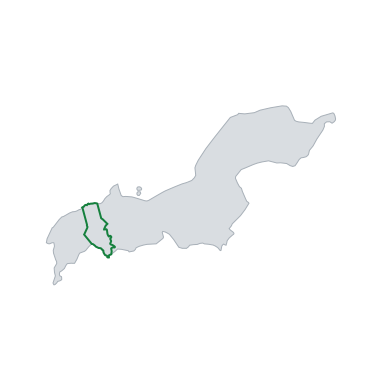 location of Rumphi within Malawi, rotated 255°
{"feature_id": "MWI-1903", "entity_name": "Rumphi", "entity_type": "District", "adm_level": 1, "iso_a3": "MWI", "parent_name": "Malawi", "parent_adm1": "", "projection": "mercator", "projection_center": [33.827, -10.78], "detail": "fine", "context": "in_parent", "style": "outline", "palette": "green", "viewbox_px": 384, "rotation_deg": 255, "n_neighbors": 0, "source": "natural_earth", "source_scale": "10m", "svg_char_len": 4599}
<svg xmlns="http://www.w3.org/2000/svg" viewBox="0 0 384 384"><g transform="rotate(255 192 192)"><path d="M149.2,221.4L147.0,218.4L145.3,219.2L142.8,221.2L141.5,221.8L140.8,221.7L140.4,221.2L139.9,219.9L138.0,216.1L135.9,213.4L133.7,212.3L131.8,211.1L132.6,209.9L133.5,209.0L133.1,208.1L132.1,206.8L128.1,204.9L128.1,204.1L131.6,202.5L133.8,200.5L135.3,198.7L137.2,194.6L138.7,190.5L139.9,189.2L140.3,186.5L140.0,183.5L140.8,179.6L141.2,175.9L140.0,174.5L139.0,172.1L140.2,167.9L142.0,165.0L150.8,162.0L156.9,159.3L158.2,158.1L160.3,155.8L161.5,153.5L160.7,152.8L155.8,152.8L154.7,151.9L151.2,144.0L153.1,134.9L153.3,131.3L153.2,126.9L152.6,123.6L151.1,122.3L150.1,120.5L150.4,115.8L151.8,115.2L154.9,109.0L156.2,105.3L154.6,102.3L152.8,98.1L152.0,95.5L151.5,94.6L152.8,92.9L154.8,91.3L157.1,90.9L159.6,90.1L167.3,82.4L167.4,80.9L166.0,78.3L163.1,74.3L162.5,72.7L162.1,68.0L161.0,66.6L156.8,63.4L153.5,60.1L154.5,56.7L155.1,53.0L153.5,51.0L151.1,48.9L149.6,45.8L148.9,43.5L147.0,42.6L145.3,42.6L144.0,44.0L142.7,43.9L141.0,43.4L140.4,41.4L140.4,39.2L139.2,37.8L138.1,35.8L138.0,34.7L138.7,34.4L140.1,34.2L146.3,38.3L150.1,38.4L154.3,39.2L157.9,42.8L159.7,43.2L162.1,42.8L168.8,42.4L171.6,42.9L175.0,45.0L176.4,45.3L178.6,45.4L179.0,44.8L179.2,43.6L178.8,41.1L179.3,39.7L180.7,38.2L184.3,39.9L193.6,47.7L193.8,48.8L199.7,56.5L201.6,59.8L201.6,61.5L203.4,68.3L203.8,71.4L203.4,73.9L203.5,75.8L204.2,78.6L204.0,79.7L206.1,83.8L207.1,87.2L207.3,90.5L206.7,93.8L204.9,98.5L204.5,100.4L204.9,102.2L206.1,104.0L208.1,106.1L209.6,108.5L210.7,111.4L211.5,112.7L212.6,112.7L214.6,113.1L216.2,114.8L218.0,117.7L218.6,120.9L218.9,122.3L213.6,122.2L207.0,122.7L205.4,124.0L204.9,126.8L202.8,132.7L201.6,134.8L199.2,138.7L195.7,144.3L195.0,146.1L195.1,147.9L197.2,155.5L199.3,163.4L200.0,166.5L201.5,177.0L202.4,184.5L202.5,188.8L203.2,194.7L205.1,197.9L207.1,199.9L214.6,201.1L216.8,202.5L221.1,206.3L230.3,216.6L235.4,223.2L239.9,229.1L247.9,239.9L254.1,248.3L254.9,256.2L255.9,257.4L253.8,263.2L252.5,272.7L253.4,279.0L253.0,289.8L251.9,301.3L250.5,305.4L248.6,306.9L244.3,308.2L234.7,309.6L233.3,311.0L232.1,313.2L230.1,318.5L227.9,323.8L227.1,326.1L227.6,326.7L229.6,329.4L231.7,336.4L232.0,348.4L231.3,349.3L228.5,349.8L225.4,349.6L224.2,349.0L223.1,347.6L222.2,345.1L224.2,343.3L224.9,340.1L223.7,337.5L221.1,336.9L217.9,334.4L210.9,326.4L205.1,320.8L201.8,316.2L198.3,314.3L197.3,313.2L196.5,311.2L196.5,308.4L196.8,306.3L195.7,304.0L192.3,300.3L190.7,298.3L190.6,295.9L192.1,293.6L195.0,290.8L197.3,285.1L198.1,281.4L202.3,274.0L202.9,267.6L203.0,262.5L202.7,258.6L201.6,250.8L200.9,245.3L195.7,238.2L194.0,237.5L189.1,238.2L184.9,239.2L182.8,240.7L179.6,240.8L171.4,242.0L168.8,242.5L167.3,243.8L166.4,244.1L161.2,238.6L156.6,232.7L150.8,222.6L149.2,221.4ZM209.4,143.9L208.0,144.2L207.1,143.5L207.3,141.3L207.8,139.8L209.2,139.5L210.1,139.9L210.8,140.6L210.8,141.8L210.4,143.0L209.4,143.9ZM206.3,139.9L205.5,142.1L203.9,142.1L202.3,140.1L202.8,138.7L204.3,138.2L205.6,138.8L206.3,139.9Z" fill="#d9dde1" stroke="#a8b0b8" stroke-width="1"/><path d="M205.5,82.0L205.7,82.6L205.7,83.3L205.8,83.6L206.6,84.6L207.0,85.4L207.0,86.3L206.5,87.1L206.8,87.5L207.0,87.9L207.3,88.1L207.5,88.4L207.6,88.9L207.1,89.3L206.9,89.6L207.0,90.7L206.5,93.2L206.5,95.0L206.4,95.4L205.7,97.0L205.3,97.5L205.1,97.5L190.1,97.5L188.6,98.8L183.1,102.0L182.5,101.0L182.0,100.2L181.5,99.6L178.9,97.5L178.6,97.4L178.5,97.7L178.4,97.9L178.1,99.7L177.8,99.9L177.2,100.0L173.5,99.5L172.3,99.6L170.8,100.0L170.6,100.1L170.5,100.4L170.6,100.6L170.7,100.9L170.8,101.0L170.9,101.4L170.8,101.7L170.5,102.0L170.2,102.2L169.9,102.3L169.6,102.4L169.2,102.3L168.9,102.1L168.7,101.8L168.3,101.2L168.1,101.0L167.8,100.9L166.2,101.1L165.8,101.2L165.3,101.1L164.8,100.8L164.4,100.4L164.0,100.1L163.6,99.8L163.2,99.6L162.6,99.8L162.4,100.0L162.1,100.2L161.6,101.1L161.4,101.4L160.8,102.0L160.1,102.6L159.3,103.2L159.0,103.3L158.7,103.2L158.5,102.8L158.6,102.5L158.7,102.1L158.8,101.8L158.9,101.4L158.9,101.0L158.8,100.3L158.6,99.6L158.4,99.4L158.1,99.2L156.7,99.2L155.3,99.0L153.5,98.2L152.7,97.9L152.6,96.7L152.3,95.4L151.7,94.9L151.2,95.0L150.7,95.0L150.3,94.8L150.4,94.2L150.7,93.5L151.1,93.3L151.5,93.5L152.0,93.5L152.6,93.1L153.3,92.0L153.8,91.6L154.4,91.4L155.4,91.2L155.9,91.0L156.5,90.9L157.8,91.1L158.4,91.2L158.9,90.9L159.6,90.2L160.2,90.1L161.0,89.6L161.5,88.9L162.1,87.3L164.0,85.1L164.6,84.7L165.1,84.5L166.6,83.4L167.3,82.8L167.9,81.8L167.9,81.7L169.0,81.2L178.8,76.8L184.4,81.5L185.3,82.0L185.5,82.0L186.0,81.9L186.4,81.8L186.8,81.8L187.6,82.1L188.1,82.1L205.3,82.1L205.5,82.0Z" fill="none" stroke="#15803d" stroke-width="2"/></g></svg>